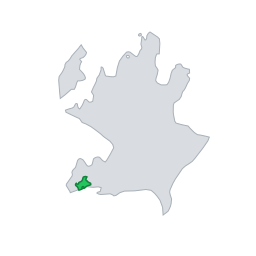 Lankaran District, Lankaran, Azerbaijan shown in context, rotated 72°
{"feature_id": "54616110B2076465815790", "entity_name": "Lankaran District", "entity_type": "district", "adm_level": 2, "iso_a3": "AZE", "parent_name": "Azerbaijan", "parent_adm1": "Lankaran", "projection": "equal_earth", "projection_center": [48.748, 38.769], "detail": "fine", "context": "in_parent", "style": "filled", "palette": "green", "viewbox_px": 256, "rotation_deg": 72, "n_neighbors": 0, "source": "geoboundaries", "source_scale": "gbopen_adm2", "svg_char_len": 4252}
<svg xmlns="http://www.w3.org/2000/svg" viewBox="0 0 256 256"><g transform="rotate(72 128 128)"><path d="M171.7,202.9L170.7,202.8L163.8,204.5L162.4,204.0L156.5,196.2L155.3,195.3L152.7,195.0L151.2,193.7L150.0,191.6L149.3,190.1L143.2,185.9L142.3,184.3L142.2,183.0L143.1,181.8L144.2,180.7L147.1,179.7L150.6,178.8L151.7,178.1L152.3,177.0L152.3,175.2L151.7,173.5L146.7,170.3L146.2,168.9L146.0,167.2L146.3,165.4L147.1,164.1L151.2,162.2L153.3,160.2L152.0,158.1L147.6,153.1L142.4,147.7L139.0,147.6L135.0,149.2L128.6,153.9L125.0,155.9L120.4,159.1L115.3,162.8L111.2,166.7L108.6,169.9L104.0,171.3L101.6,174.0L93.9,182.1L91.7,182.0L91.6,178.0L91.8,174.8L91.3,173.0L88.8,170.4L88.8,169.4L89.5,168.7L91.4,169.1L93.8,169.0L95.0,168.0L92.4,164.7L90.1,162.5L88.2,161.0L87.7,160.1L87.7,159.4L88.2,158.7L91.5,156.9L91.9,155.2L91.7,153.3L86.4,150.6L82.4,151.6L78.8,148.5L76.5,146.2L73.7,143.6L71.1,142.2L68.7,139.0L64.5,135.7L61.8,134.8L61.8,134.3L62.3,133.7L63.5,133.2L71.1,133.3L72.0,132.7L72.5,131.3L73.6,129.2L74.8,126.1L74.8,123.5L67.2,119.4L61.7,115.5L58.0,110.5L55.4,105.9L55.6,104.3L56.3,102.8L62.3,98.6L62.7,97.5L62.6,96.8L60.5,94.6L57.9,92.4L57.1,90.7L55.5,89.9L52.3,89.8L46.8,87.1L45.6,86.8L45.4,86.3L45.6,85.7L49.6,84.6L49.6,83.7L48.4,82.5L46.2,81.6L44.2,79.4L43.5,77.4L50.7,71.7L52.9,70.6L57.5,71.6L67.2,75.4L66.5,77.5L67.5,78.7L69.7,80.3L73.9,82.0L77.5,82.8L79.4,82.1L82.2,81.5L85.8,83.4L89.1,85.8L90.7,86.7L91.6,87.0L94.2,86.2L97.3,83.1L98.5,79.4L98.9,77.6L97.1,75.2L93.5,72.5L89.4,70.1L86.8,68.0L85.2,64.0L83.5,63.5L83.1,63.0L82.8,61.6L82.9,59.6L83.5,58.1L85.2,57.5L86.8,57.3L88.4,55.8L90.3,53.0L91.1,51.5L94.7,52.4L95.1,54.9L95.7,55.4L97.2,55.1L99.7,54.0L101.6,54.9L104.1,57.8L107.6,61.0L109.4,63.1L110.2,64.6L111.9,66.0L114.5,67.7L116.6,70.3L118.4,76.4L120.2,77.8L126.9,80.1L129.3,80.6L135.9,81.4L138.2,80.8L141.6,75.6L144.7,70.2L147.6,69.0L152.7,66.4L155.8,64.0L157.1,61.3L160.0,56.3L161.8,53.5L164.9,56.0L170.1,62.8L177.6,73.8L179.5,77.0L180.7,80.6L181.8,85.0L183.5,88.9L191.2,98.8L194.5,102.4L199.9,107.2L201.8,108.2L204.4,108.5L209.0,108.5L213.3,110.4L215.4,111.7L217.6,113.6L219.6,115.7L221.6,121.5L214.1,119.6L206.7,119.9L202.4,121.2L198.3,122.9L194.4,125.3L192.0,130.0L189.9,140.8L186.9,151.0L187.0,155.7L188.4,160.3L188.2,162.4L186.8,163.3L185.1,165.3L182.8,174.6L181.6,176.5L180.2,177.7L179.7,176.6L179.8,174.1L176.5,171.9L174.8,174.4L173.6,179.6L171.2,185.0L171.1,186.0L171.7,202.9ZM61.3,106.8L61.6,105.4L60.7,104.7L59.7,104.7L58.9,105.4L58.8,107.2L60.0,107.5L61.3,106.8ZM36.0,149.2L34.9,147.6L34.4,146.8L37.8,146.1L43.3,144.1L44.8,145.1L46.3,147.1L47.1,148.9L47.2,152.1L47.9,152.7L50.6,151.6L51.7,152.9L53.8,154.5L57.3,156.0L62.5,153.6L65.1,153.0L67.2,153.0L68.3,153.8L68.7,156.3L68.3,159.4L67.6,161.1L68.7,162.4L72.9,165.4L74.6,167.1L73.7,170.0L76.8,177.1L77.8,179.9L79.0,183.3L72.6,181.9L61.0,179.1L57.8,177.6L54.8,173.6L53.0,171.7L50.4,169.3L48.2,168.3L46.6,166.6L45.7,164.1L44.3,161.8L42.0,159.1L36.7,150.1L36.0,149.2ZM44.0,88.9L43.3,89.4L42.2,88.9L41.9,87.8L42.0,86.6L43.1,86.4L44.0,86.7L44.2,87.7L44.0,88.9Z" fill="#d9dde1" stroke="#a8b0b8" stroke-width="1"/><path d="M171.7,188.8L171.8,188.5L171.6,187.5L171.3,187.1L171.0,186.4L170.7,185.7L170.5,184.9L170.5,183.8L170.5,183.0L170.5,182.4L170.5,181.7L170.5,181.3L170.4,181.3L170.2,180.9L169.9,180.7L169.5,180.7L169.0,180.7L168.8,180.9L168.5,181.1L168.3,181.3L168.1,181.8L167.8,181.9L167.4,182.2L166.8,182.8L166.2,183.0L165.7,183.2L165.6,183.5L165.1,183.8L164.8,184.0L164.3,183.9L163.7,183.9L163.4,183.7L163.2,183.5L162.8,183.1L162.4,182.8L162.0,182.4L161.9,182.2L161.5,182.6L161.3,182.9L161.0,183.4L160.9,184.0L160.8,185.0L161.0,185.8L161.8,186.4L162.7,187.0L163.5,187.6L164.1,188.4L164.4,189.5L164.5,190.3L164.5,190.8L164.7,191.6L165.2,191.9L165.4,192.1L165.5,192.1L165.9,192.7L165.8,193.4L165.2,194.0L164.6,194.3L164.8,194.6L165.0,194.9L165.6,195.4L166.3,195.5L167.2,195.1L167.7,194.6L168.6,194.3L169.5,194.1L170.1,194.0L170.8,194.0L171.4,194.1L171.6,194.1L171.8,194.0L171.9,193.9L172.0,193.4L172.0,192.7L171.9,192.0L171.9,191.6L171.9,191.2L171.8,190.6L171.7,190.2L171.6,189.9L171.2,190.2L170.8,190.3L170.5,190.2L170.3,190.0L169.8,189.5L169.8,189.3L169.8,189.0L170.1,188.5L170.5,188.3L171.1,188.3L171.3,188.5L171.7,188.8Z" fill="#22c55e" stroke="#15803d" stroke-width="1.5"/></g></svg>